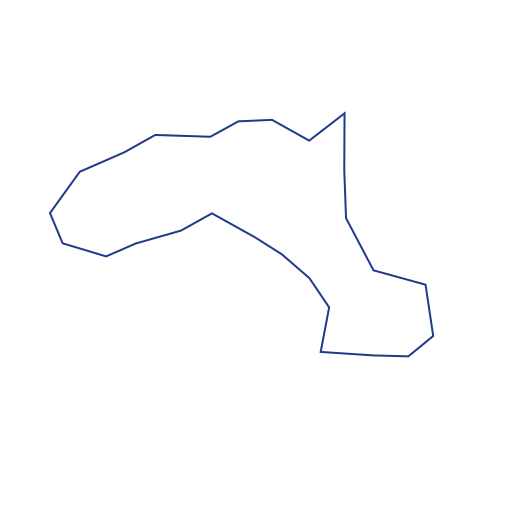 outline of Episkopeio, Nicosia, Cyprus, rotated 56°
{"feature_id": "46923920B68080164280188", "entity_name": "Episkopeio", "entity_type": "district", "adm_level": 2, "iso_a3": "CYP", "parent_name": "Cyprus", "parent_adm1": "Nicosia", "projection": "equal_earth", "projection_center": [33.228, 35.035], "detail": "fine", "context": "isolated", "style": "outline", "palette": "blue", "viewbox_px": 512, "rotation_deg": 56, "n_neighbors": 0, "source": "geoboundaries", "source_scale": "gbopen_adm2", "svg_char_len": 486}
<svg xmlns="http://www.w3.org/2000/svg" viewBox="0 0 512 512"><g transform="rotate(56 256 256)"><path d="M421.4,153.8L374.6,131.5L333.6,166.6L275.0,160.2L234.0,134.7L187.2,102.8L190.1,147.4L152.1,166.6L134.5,195.3L131.6,227.2L99.3,271.9L96.4,307.1L87.6,355.0L105.2,402.8L137.4,409.2L172.5,380.5L178.4,348.6L193.0,303.9L196.0,268.7L239.9,246.4L269.2,233.6L304.3,224.1L339.5,224.1L371.7,256.0L403.9,214.5L424.4,185.8L421.4,153.8Z" fill="none" stroke="#1e3a8a" stroke-width="2"/></g></svg>